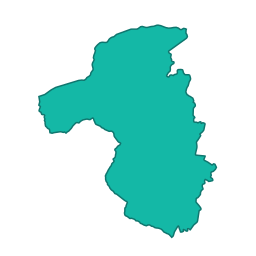 outline of Mashonaland West, rotated 5°
{"feature_id": "ZWE-533", "entity_name": "Mashonaland West", "entity_type": "Province", "adm_level": 1, "iso_a3": "ZWE", "parent_name": "Zimbabwe", "parent_adm1": "", "projection": "orthographic", "projection_center": [29.817, -17.238], "detail": "fine", "context": "isolated", "style": "filled", "palette": "teal", "viewbox_px": 256, "rotation_deg": 5, "n_neighbors": 0, "source": "natural_earth", "source_scale": "10m", "svg_char_len": 5884}
<svg xmlns="http://www.w3.org/2000/svg" viewBox="0 0 256 256"><g transform="rotate(5 128 128)"><path d="M148.9,22.9L151.7,23.2L157.0,24.7L159.7,25.0L162.2,24.6L164.7,23.9L167.2,23.5L169.6,24.1L171.2,25.2L172.0,25.4L172.9,25.2L174.4,24.1L174.9,23.9L176.5,24.1L177.5,24.5L177.3,25.3L177.4,27.9L177.6,28.8L178.4,29.6L179.2,31.7L178.9,32.6L178.4,33.5L162.2,47.5L161.8,48.0L161.9,48.9L162.3,49.5L163.0,50.0L164.3,50.6L164.5,50.9L164.6,51.5L164.3,53.7L164.6,54.7L165.4,55.8L165.5,57.1L165.9,57.6L166.3,58.0L167.7,58.0L167.9,58.2L168.1,58.6L168.1,59.3L167.8,59.9L166.2,61.0L165.9,61.3L165.1,62.5L164.8,63.6L165.1,66.1L165.0,67.5L164.6,68.1L163.9,68.7L163.2,69.6L162.1,72.0L162.0,72.7L162.2,73.1L162.8,73.4L163.4,73.6L164.1,73.6L164.6,73.1L165.0,72.2L165.4,71.7L166.0,71.5L166.8,71.4L168.5,71.8L168.7,71.7L169.3,70.9L169.9,70.6L171.6,70.1L172.2,69.5L172.4,68.8L172.1,66.7L172.3,66.1L172.7,65.6L173.3,65.4L175.6,65.1L176.8,65.2L177.2,65.3L177.5,65.6L178.5,68.3L179.8,69.7L180.3,69.9L183.9,69.7L184.7,70.0L185.2,70.9L186.0,73.1L186.0,74.4L184.9,76.8L184.6,78.7L184.2,80.7L183.4,82.2L182.9,83.7L182.5,86.5L182.5,87.0L182.6,87.4L183.9,89.6L185.2,90.2L186.0,90.8L187.3,91.2L190.0,92.7L191.1,95.1L191.1,95.5L190.7,96.6L192.2,97.5L192.9,98.8L193.1,99.8L193.1,100.2L192.7,100.8L191.6,102.4L191.4,103.5L191.7,109.2L191.8,109.7L192.2,110.2L193.2,111.1L193.6,111.7L193.6,112.0L193.4,112.2L192.7,112.6L192.7,114.6L193.0,115.9L193.4,116.3L194.1,116.4L196.0,116.3L196.9,116.7L197.2,116.8L199.1,115.6L199.7,115.5L200.1,115.7L200.3,116.7L200.6,117.0L200.8,117.0L201.9,116.3L202.6,116.3L204.0,116.7L204.3,117.1L204.4,117.4L203.7,123.2L203.5,123.8L202.6,125.2L201.8,126.1L200.3,127.5L200.1,127.8L200.2,128.1L201.0,128.9L200.9,129.6L198.6,134.0L197.7,135.4L197.4,136.2L198.2,139.8L198.3,140.9L198.3,141.8L197.5,147.2L197.6,148.7L198.1,149.1L207.2,149.2L207.3,149.5L207.0,150.6L206.4,152.3L206.4,152.9L206.7,153.3L207.2,153.7L210.6,155.1L214.8,157.5L215.1,157.5L216.2,156.4L216.6,156.2L217.8,156.6L219.5,159.5L218.7,161.5L217.0,163.5L216.3,164.0L215.0,164.5L214.7,164.7L214.6,165.2L214.5,166.4L215.0,167.5L215.0,168.2L214.6,169.1L214.5,169.6L214.6,170.0L216.3,171.0L216.6,171.4L216.9,171.9L217.0,172.5L217.0,172.8L216.7,173.1L214.7,173.8L213.0,174.2L211.9,173.4L209.7,172.5L209.3,172.6L209.1,173.1L208.9,174.0L208.9,174.5L209.4,175.9L209.3,176.2L209.2,176.6L208.9,176.8L207.5,177.5L207.1,178.2L207.0,179.0L207.1,179.9L208.0,182.0L208.0,182.4L207.8,182.7L206.7,183.7L206.4,184.2L205.8,186.3L205.8,186.6L206.0,187.3L205.9,187.9L205.5,188.7L204.4,190.3L203.9,191.0L203.4,191.5L202.5,191.9L202.1,192.5L202.1,195.2L202.3,195.9L202.9,196.6L205.4,199.0L207.1,200.9L207.4,201.4L207.8,202.3L207.5,203.1L206.4,203.9L206.1,204.3L206.0,205.0L205.4,214.4L205.2,215.2L205.0,215.7L204.5,216.3L201.9,218.9L199.1,223.7L198.8,224.0L198.4,223.5L198.2,223.4L196.8,223.0L196.2,223.1L196.1,223.8L196.4,225.1L196.0,225.5L195.0,225.6L193.8,224.8L192.2,224.3L191.9,224.7L192.2,226.0L191.9,226.2L191.4,226.6L190.2,227.0L189.4,227.0L188.4,224.6L188.0,224.0L187.2,221.8L186.8,221.3L186.4,221.4L185.9,222.1L183.3,227.5L182.6,231.0L182.2,232.0L181.1,233.1L178.4,230.6L177.2,230.0L175.8,229.7L174.3,229.0L173.0,228.6L170.7,226.4L169.9,225.9L169.1,225.6L167.0,225.1L165.0,225.1L163.4,224.9L161.6,223.9L160.1,223.8L158.0,222.7L157.5,222.7L156.1,223.0L155.1,223.7L154.7,223.8L152.4,223.3L150.0,222.2L148.8,221.9L148.4,221.6L147.9,220.8L147.5,220.5L146.9,220.3L145.6,219.7L144.1,219.8L143.8,219.6L142.9,218.7L142.1,218.3L141.1,218.0L139.2,217.6L137.9,218.0L137.3,217.7L135.0,216.2L133.2,215.6L132.8,215.3L132.3,214.5L132.0,213.5L131.9,212.7L132.1,211.5L131.9,208.1L132.2,207.5L132.9,206.7L132.9,205.4L133.7,202.9L133.8,202.1L133.6,201.8L133.2,201.5L130.9,200.4L122.5,194.9L120.8,194.5L120.4,194.2L119.0,192.4L116.8,191.1L115.2,189.4L114.3,187.7L112.6,186.2L112.4,185.6L112.3,184.5L111.1,183.3L110.6,182.5L110.5,181.8L110.1,180.9L110.1,179.5L109.7,177.9L109.7,177.4L110.0,176.9L110.2,175.8L110.7,175.0L112.3,170.9L113.0,169.8L113.4,168.7L114.5,167.1L115.1,164.8L116.6,163.2L117.0,162.2L116.9,161.8L116.0,160.8L116.0,160.0L117.2,159.0L117.7,158.2L117.9,157.4L117.9,155.8L118.2,154.2L118.0,152.4L117.0,151.4L116.8,150.6L116.9,150.2L117.3,149.7L118.3,148.9L119.1,147.4L119.5,146.9L121.0,145.8L121.5,145.4L122.0,144.0L121.9,143.7L121.5,143.4L120.4,143.1L119.4,142.5L115.2,137.8L114.8,136.9L114.4,134.8L113.9,134.0L113.5,133.5L112.1,132.6L111.2,132.6L110.0,132.9L109.3,132.9L105.0,131.5L103.7,130.5L101.9,130.0L100.2,128.6L95.9,127.2L95.4,126.8L94.7,125.7L94.3,124.8L93.5,123.5L92.9,121.9L92.3,121.2L92.0,121.1L91.7,121.2L89.5,122.9L88.6,123.0L86.9,122.7L85.7,122.8L82.3,123.9L80.1,125.5L79.7,125.9L79.2,126.8L78.6,127.2L78.1,127.2L76.8,127.0L76.3,127.1L75.9,127.3L75.3,127.8L72.9,130.7L71.6,133.2L69.2,136.3L67.8,137.2L67.0,138.2L66.8,138.4L66.4,138.4L65.3,137.6L65.0,137.5L64.3,137.9L63.9,138.0L61.6,137.6L60.5,137.7L54.3,139.2L53.6,139.6L52.7,139.8L50.7,139.5L50.0,136.6L49.7,136.3L49.3,135.8L48.3,135.5L47.6,135.0L47.0,134.3L45.8,133.4L45.6,133.0L45.0,130.7L44.9,129.1L44.1,127.8L44.1,127.5L44.4,126.7L44.4,126.1L43.8,125.1L43.6,124.3L43.9,122.7L43.4,122.2L42.7,122.0L41.4,122.1L40.9,121.9L40.7,121.6L39.9,120.0L39.6,119.7L38.7,119.4L38.2,119.1L37.9,118.5L38.1,117.1L38.8,114.8L38.8,114.2L38.4,113.9L37.5,113.3L37.2,113.0L37.8,109.6L36.5,104.4L42.2,101.9L48.2,96.7L52.4,93.9L74.8,84.9L77.8,84.3L79.5,84.3L80.4,84.2L82.1,82.5L82.6,81.4L85.1,79.5L85.9,78.5L86.3,76.1L88.1,73.1L88.0,71.6L87.0,68.9L86.8,67.8L87.0,66.4L88.4,63.0L87.4,61.1L87.7,58.5L88.5,55.8L88.8,53.6L88.1,52.5L88.0,51.9L88.1,51.2L89.2,49.4L90.5,47.7L92.6,45.6L93.8,45.1L95.1,44.8L97.9,44.8L99.4,44.5L100.2,43.7L101.5,41.2L102.1,40.5L103.1,39.6L104.4,38.8L105.6,38.5L106.2,38.1L108.4,35.8L122.1,29.4L123.0,29.2L128.4,28.7L129.5,28.0L131.8,26.0L133.3,25.6L137.1,26.3L138.7,26.1L142.2,24.9L144.9,24.4L147.5,23.2L148.9,22.9Z" fill="#14b8a6" stroke="#0f766e" stroke-width="1.5"/></g></svg>